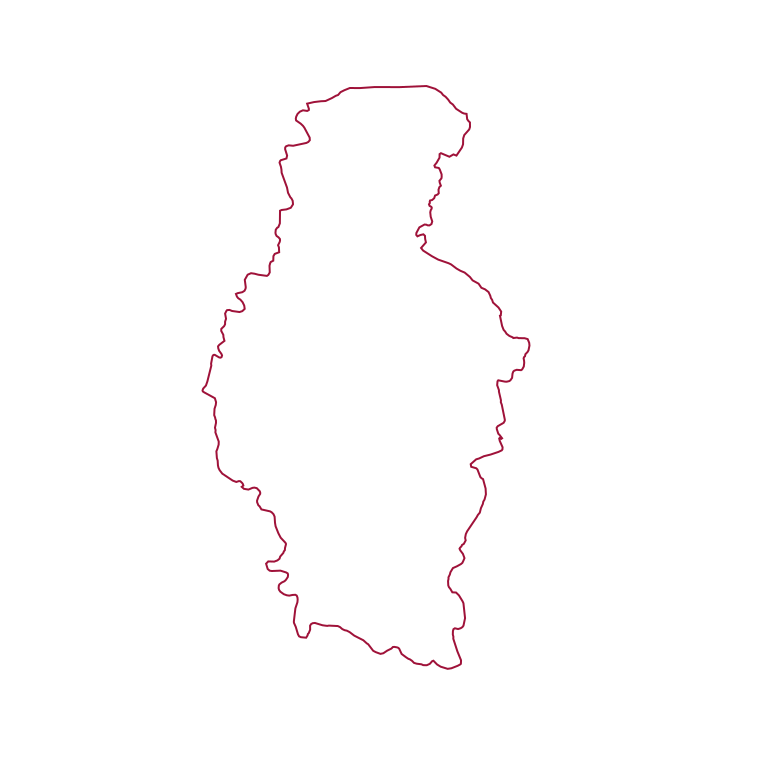 outline of Hermenegildo Galeana, Puebla, Mexico, rotated 156°
{"feature_id": "50627088B54036543797475", "entity_name": "Hermenegildo Galeana", "entity_type": "district", "adm_level": 2, "iso_a3": "MEX", "parent_name": "Mexico", "parent_adm1": "Puebla", "projection": "natural_earth1", "projection_center": [-97.731, 20.119], "detail": "fine", "context": "isolated", "style": "outline", "palette": "rose", "viewbox_px": 768, "rotation_deg": 156, "n_neighbors": 0, "source": "geoboundaries", "source_scale": "gbopen_adm2", "svg_char_len": 6160}
<svg xmlns="http://www.w3.org/2000/svg" viewBox="0 0 768 768"><g transform="rotate(156 384 384)"><path d="M340.7,665.8L341.3,664.8L343.1,664.7L346.7,667.0L350.1,667.0L353.1,665.9L355.5,663.9L356.7,662.2L357.1,660.5L354.2,655.7L353.0,652.8L352.5,650.5L351.7,639.3L352.6,636.9L354.7,635.9L356.9,635.8L370.1,638.6L374.0,640.8L376.7,641.0L378.0,640.3L378.8,638.8L379.6,632.1L381.4,629.7L387.3,630.4L388.3,629.9L389.4,628.7L389.8,624.3L390.5,621.5L391.6,618.6L392.7,602.9L393.9,597.7L393.6,592.6L393.1,591.3L392.9,588.6L393.8,585.8L394.1,585.1L397.5,582.9L402.1,583.2L406.7,584.6L408.5,584.6L413.8,573.1L416.7,570.3L418.0,570.2L420.1,569.0L421.7,566.2L422.0,564.8L421.9,562.9L420.7,560.9L420.1,558.8L420.5,557.6L421.4,556.3L424.3,553.9L424.4,551.6L426.2,547.0L430.9,547.3L433.0,545.8L435.0,541.7L437.9,541.5L439.0,540.5L440.5,538.6L443.0,532.4L445.3,530.7L447.0,530.4L454.3,534.9L457.4,537.4L460.4,539.3L464.1,539.3L468.8,535.8L470.9,528.7L471.7,527.4L473.5,525.9L476.1,525.5L480.7,526.5L482.6,526.5L482.8,523.7L482.3,521.7L480.9,519.5L479.9,516.2L479.8,512.5L480.7,509.3L483.8,508.2L486.7,508.5L493.1,512.5L495.0,514.5L497.3,515.3L498.2,514.9L500.5,513.0L501.8,507.8L503.8,505.6L504.9,503.2L506.5,501.9L510.1,500.6L510.5,500.0L511.1,498.7L510.8,494.3L511.6,492.1L512.2,488.3L518.5,486.8L520.3,485.9L520.9,484.0L521.1,481.4L520.3,477.7L520.3,476.0L521.4,474.7L522.5,474.5L523.7,475.2L526.7,479.4L527.4,479.8L528.3,479.8L529.4,479.1L533.7,472.9L534.3,471.0L544.3,458.2L547.3,455.0L551.0,453.4L551.9,452.5L552.5,451.7L552.5,450.8L551.6,449.4L544.3,439.8L544.8,435.7L546.2,433.3L548.9,430.3L551.8,424.6L551.9,422.2L552.3,420.5L552.3,419.2L553.3,416.8L556.2,412.8L556.6,410.4L557.7,408.4L558.4,398.6L559.7,395.9L562.7,392.4L564.5,390.7L566.8,384.3L567.1,381.7L568.8,377.2L569.3,374.7L569.2,372.1L568.2,367.9L561.5,357.3L558.8,354.6L556.0,354.3L554.8,353.6L553.8,351.2L553.6,349.8L553.8,348.4L555.8,347.9L554.6,345.2L550.8,342.7L546.4,342.6L544.6,342.1L542.6,340.6L541.1,336.5L541.3,335.0L541.8,334.0L544.4,332.3L547.4,329.1L548.0,327.6L548.1,324.3L547.4,322.8L547.0,319.3L539.9,314.0L538.8,312.5L537.9,310.0L537.9,307.3L540.0,301.6L540.9,298.1L541.2,290.6L540.9,285.6L538.6,279.0L538.6,277.7L539.1,277.0L541.1,274.5L542.2,272.5L543.6,271.8L544.7,270.6L549.0,268.6L550.5,266.9L553.1,266.2L556.5,266.4L561.9,269.0L564.8,267.8L565.5,262.3L564.4,260.0L562.6,258.8L554.5,255.6L550.1,251.7L549.0,250.1L549.3,248.6L550.4,246.8L553.2,245.0L555.1,244.3L558.3,244.2L561.0,243.5L562.0,242.7L563.3,240.4L563.6,238.7L563.2,236.5L561.0,232.7L558.7,230.5L556.6,229.2L553.4,228.5L550.7,227.5L549.8,226.2L549.9,224.1L550.6,222.1L551.9,219.8L556.2,215.1L562.9,203.8L563.4,202.5L563.4,198.0L564.4,190.3L564.2,188.0L562.9,186.5L558.3,183.9L556.1,185.4L555.2,186.6L554.1,187.0L551.4,189.6L549.8,193.3L548.3,194.3L546.5,194.5L544.3,193.8L538.3,188.6L535.4,186.8L534.2,186.1L532.6,185.7L524.7,181.7L523.1,179.9L521.8,177.1L520.1,175.1L518.3,173.8L516.3,171.3L513.5,166.2L507.1,158.3L505.2,154.0L504.3,152.7L502.4,144.7L500.6,142.4L497.0,138.9L494.1,138.3L489.6,139.1L484.8,139.3L482.9,140.1L481.6,139.7L479.2,138.1L478.3,137.2L477.8,136.1L477.7,130.2L475.2,125.7L473.5,123.0L472.4,122.0L471.0,119.7L470.0,117.0L467.9,115.2L463.8,112.7L462.5,111.2L459.3,109.7L456.0,109.7L452.7,111.2L451.4,111.1L449.6,106.2L447.2,102.7L441.7,97.9L438.1,96.9L431.2,96.6L428.5,96.8L427.6,97.1L426.7,98.8L426.0,100.3L425.7,110.0L424.3,123.1L423.4,124.9L423.0,127.2L421.5,130.3L420.2,131.8L418.6,132.0L416.0,130.0L413.3,129.7L411.3,130.0L409.7,130.9L405.2,137.1L400.6,151.4L400.6,153.4L401.5,160.4L403.0,164.2L406.3,165.9L406.7,169.7L407.3,172.1L407.2,173.9L405.6,178.0L404.4,179.6L403.7,181.2L401.3,183.2L399.9,185.0L395.9,187.8L391.5,187.8L387.0,188.2L385.2,188.7L383.2,190.4L381.3,192.2L381.0,196.7L382.0,201.0L382.0,202.8L381.1,203.5L379.3,204.2L378.2,205.2L376.1,205.5L373.0,207.9L372.5,210.4L370.3,213.6L368.0,215.6L353.6,224.6L351.5,226.2L348.8,227.5L346.0,231.1L342.5,234.2L341.1,236.2L339.2,237.5L335.8,241.7L333.7,247.2L332.2,256.8L333.2,258.2L333.8,259.8L333.4,267.9L334.0,269.5L338.0,272.9L337.4,275.5L330.4,277.7L327.5,277.3L322.1,277.4L315.4,276.2L307.0,275.4L303.4,275.5L302.4,276.1L301.4,278.0L301.4,284.9L300.9,287.4L300.0,287.7L299.2,286.2L298.2,286.4L299.2,290.6L299.8,292.1L299.3,296.9L298.8,298.3L297.2,299.2L290.5,299.9L288.6,301.3L288.1,302.4L284.8,317.3L284.7,319.8L283.8,321.5L282.1,330.3L281.5,331.6L281.1,336.9L279.2,340.3L278.1,340.9L272.6,337.0L271.0,336.2L268.3,335.7L267.0,336.0L264.5,337.5L262.3,341.3L260.8,342.8L259.5,343.2L257.0,343.0L253.2,340.9L251.9,341.1L249.2,343.1L247.3,346.3L246.6,348.2L246.0,350.7L245.1,351.6L243.9,352.0L242.7,353.7L239.8,354.9L238.3,356.0L235.5,359.9L234.6,362.6L234.5,366.6L237.0,368.7L242.3,371.1L243.6,372.3L247.2,373.4L247.4,374.2L249.9,376.9L251.6,380.0L252.0,382.7L252.7,384.8L252.5,389.0L250.3,399.2L249.4,399.2L247.5,402.5L248.3,407.3L251.3,414.1L251.0,416.9L251.4,419.1L251.0,421.5L251.1,425.5L253.2,429.4L255.9,432.3L256.8,437.2L260.9,442.6L262.0,446.9L265.0,453.0L268.1,456.3L270.8,460.0L274.1,466.0L275.9,468.1L283.9,475.6L288.2,481.2L294.0,490.0L294.8,493.2L288.1,496.3L287.4,499.8L286.3,502.7L287.1,504.7L290.1,505.3L293.4,505.3L293.9,507.1L293.0,508.8L288.0,512.7L282.1,513.2L280.5,512.3L279.6,511.2L278.0,510.4L275.6,510.8L273.8,512.9L273.3,517.8L271.9,522.1L270.6,523.8L269.4,524.6L268.7,525.5L268.7,526.6L269.9,528.2L269.8,529.9L268.5,530.7L268.1,531.9L267.3,532.9L265.2,532.5L262.6,533.3L260.7,535.4L258.0,535.3L256.4,536.0L255.2,539.3L253.4,541.3L251.4,542.0L251.2,545.3L250.7,547.1L247.9,548.5L247.1,549.7L246.1,552.1L245.8,557.4L246.1,559.1L249.2,561.2L249.1,563.1L246.0,564.7L241.2,568.2L239.7,571.4L238.1,571.7L231.8,565.0L227.2,565.5L224.9,563.2L216.7,568.3L214.3,570.8L211.8,576.1L209.4,578.8L202.6,581.9L200.9,583.8L199.1,588.0L199.9,590.0L200.3,592.1L198.7,597.2L200.8,598.5L202.2,599.9L206.2,606.1L207.4,611.3L209.0,614.1L209.7,617.7L210.9,621.3L212.5,624.0L213.2,626.9L217.1,632.8L224.1,639.0L248.6,648.7L272.1,659.2L285.8,664.2L294.8,668.3L300.8,668.5L305.0,668.3L308.4,666.7L310.8,666.9L315.3,666.4L322.3,666.3L326.7,668.0L333.2,670.0L340.2,671.4L340.7,665.8Z" fill="none" stroke="#9f1239" stroke-width="2"/></g></svg>